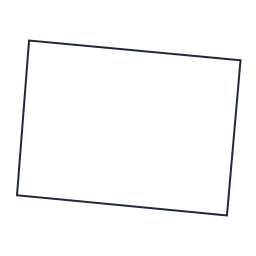 the district of Hooker, Nebraska, United States of America, rotated 185°
{"feature_id": "52423323B60730301974772", "entity_name": "Hooker", "entity_type": "district", "adm_level": 2, "iso_a3": "USA", "parent_name": "United States of America", "parent_adm1": "Nebraska", "projection": "robinson", "projection_center": [-101.132, 41.916], "detail": "fine", "context": "isolated", "style": "outline", "palette": "slate", "viewbox_px": 256, "rotation_deg": 185, "n_neighbors": 0, "source": "geoboundaries", "source_scale": "gbopen_adm2", "svg_char_len": 233}
<svg xmlns="http://www.w3.org/2000/svg" viewBox="0 0 256 256"><g transform="rotate(185 128 128)"><path d="M234.2,206.5L232.7,51.3L21.8,49.5L21.8,205.3L28.9,205.3L234.2,206.5Z" fill="none" stroke="#1e293b" stroke-width="2"/></g></svg>